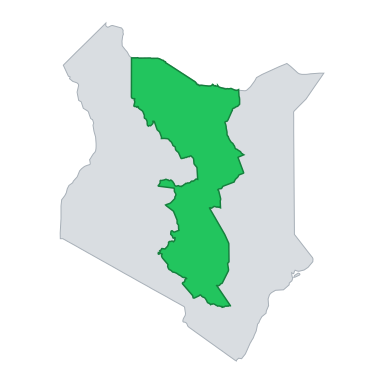 location of Eastern within Kenya
{"feature_id": "KEN-889", "entity_name": "Eastern", "entity_type": "National Capital Area", "adm_level": 1, "iso_a3": "KEN", "parent_name": "Kenya", "parent_adm1": "", "projection": "albers", "projection_center": [37.864, 0.691], "detail": "fine", "context": "in_parent", "style": "filled", "palette": "green", "viewbox_px": 384, "rotation_deg": 0, "n_neighbors": 0, "source": "natural_earth", "source_scale": "10m", "svg_char_len": 8626}
<svg xmlns="http://www.w3.org/2000/svg" viewBox="0 0 384 384"><path d="M60.3,238.7L60.2,233.0L61.0,218.7L61.0,206.0L61.7,199.7L64.8,195.7L66.3,192.8L67.3,188.7L69.0,185.4L72.7,182.7L73.3,181.2L77.3,176.7L79.6,170.9L81.4,168.9L83.6,167.1L85.2,166.1L87.7,165.2L89.7,164.6L90.1,164.2L90.3,163.2L89.6,159.6L90.5,158.5L91.9,156.1L93.4,153.8L94.8,152.4L95.6,150.9L96.0,148.4L96.1,146.6L96.1,143.7L95.6,137.0L94.0,131.4L93.0,125.2L93.7,123.1L92.5,119.5L91.8,119.3L90.7,118.5L89.4,115.0L88.4,111.9L87.8,111.1L83.3,108.3L81.2,101.8L78.7,100.4L77.4,93.9L77.1,92.1L78.6,85.6L78.4,84.2L76.9,82.8L72.8,81.4L69.5,78.7L69.9,77.8L70.1,76.9L68.4,76.2L63.3,65.2L69.9,58.6L76.6,51.9L85.2,43.5L93.1,35.7L99.9,29.0L105.9,23.0L105.8,24.2L105.8,25.7L106.6,26.6L107.8,27.3L109.5,26.6L111.1,25.7L112.5,25.5L121.6,28.0L123.1,30.2L123.0,32.5L123.4,34.2L122.7,35.9L122.0,41.1L122.2,45.8L124.9,49.3L127.3,52.1L129.3,55.9L130.7,57.1L132.7,57.7L138.9,57.9L148.2,58.2L157.1,58.4L157.9,58.5L159.8,59.0L168.0,64.3L175.5,69.0L181.8,73.2L188.0,77.2L194.0,81.1L198.7,84.4L203.3,85.4L210.7,85.9L215.9,86.0L220.6,87.4L227.7,88.6L233.0,89.3L236.2,90.0L245.1,90.8L246.6,90.3L250.5,86.7L254.8,80.8L256.5,77.6L262.2,74.4L272.1,69.9L279.1,66.7L286.9,63.5L290.5,66.3L295.4,70.7L297.6,72.8L299.3,73.8L302.0,74.4L305.2,74.4L307.0,74.3L310.6,73.8L319.0,73.2L323.8,73.2L319.8,79.1L314.9,86.1L306.0,99.1L299.2,105.9L294.1,111.1L293.6,112.0L293.7,117.7L293.7,131.7L293.9,159.7L294.1,187.7L294.3,215.7L294.4,229.7L294.4,234.4L299.0,240.3L303.4,246.0L309.3,253.6L312.5,257.6L313.0,259.0L312.8,261.7L308.0,267.4L304.1,270.0L298.8,271.3L297.2,271.0L295.1,270.2L294.3,271.6L293.7,273.7L292.5,273.3L291.6,272.7L292.1,276.4L292.7,278.3L291.9,280.8L289.3,283.0L289.1,284.9L283.5,289.8L275.5,290.3L271.4,292.7L269.5,294.7L268.1,299.0L268.6,305.7L266.4,310.8L266.0,313.3L261.9,316.6L260.1,319.7L258.8,322.8L257.6,324.1L256.2,331.0L254.3,335.2L253.8,336.6L253.3,337.9L251.8,340.3L250.9,342.0L250.2,343.1L245.4,353.9L241.6,358.7L238.6,358.2L236.6,360.1L236.4,361.0L235.4,360.5L232.9,358.7L227.8,355.1L222.7,351.4L217.6,347.8L212.5,344.1L207.4,340.5L202.3,336.8L197.2,333.2L192.1,329.5L189.1,327.4L187.8,326.1L186.8,323.6L186.3,323.0L184.9,322.2L183.3,322.0L182.9,321.5L182.9,320.3L183.4,318.6L185.3,315.2L185.5,313.2L185.1,311.0L184.6,307.4L184.1,306.6L180.7,304.7L173.6,300.8L166.6,296.8L159.5,292.9L152.4,289.0L145.4,285.0L138.3,281.1L131.3,277.1L124.2,273.2L117.2,269.2L110.1,265.2L103.1,261.3L96.0,257.3L89.0,253.4L81.9,249.4L74.9,245.4L67.8,241.5L65.2,240.0L62.8,238.7L60.3,238.7ZM295.1,277.1L293.8,277.4L294.5,275.5L298.1,273.1L299.6,273.6L299.9,274.2L299.8,274.7L299.2,275.2L295.1,277.1Z" fill="#d9dde1" stroke="#a8b0b8" stroke-width="1"/><path d="M137.7,57.7L138.7,58.1L139.1,58.2L150.4,58.0L151.4,58.4L157.8,58.3L159.7,58.9L162.1,60.1L163.4,60.4L163.7,60.6L164.2,61.5L164.5,61.7L165.1,61.6L165.4,61.7L165.6,62.0L166.0,63.2L166.6,63.3L195.1,81.8L195.7,82.4L196.5,83.8L197.0,84.4L197.5,84.6L198.4,84.9L199.2,85.6L199.6,85.7L200.6,85.4L201.7,85.3L208.7,86.1L210.5,86.0L212.2,85.2L212.3,84.5L212.6,84.3L213.4,84.9L213.7,85.2L213.9,85.7L214.8,85.9L215.4,85.7L215.5,85.9L215.7,86.1L217.6,86.2L217.6,85.3L218.5,86.5L219.0,87.0L219.6,87.3L225.3,88.9L226.2,88.9L227.6,88.6L228.1,88.7L228.6,88.9L229.1,88.8L231.0,88.4L234.8,90.1L236.0,90.4L237.3,90.3L238.6,89.6L239.0,96.3L239.4,97.4L239.6,99.3L239.6,103.7L239.5,104.5L238.6,105.2L237.9,106.1L237.6,106.3L235.6,107.0L234.6,107.9L233.4,108.2L232.8,108.7L232.4,109.2L232.3,110.6L232.0,110.9L227.9,120.1L227.2,121.1L225.4,121.7L225.1,121.9L224.9,122.6L225.6,124.2L226.1,126.3L226.2,128.1L227.0,132.1L227.0,134.8L227.4,135.3L227.5,135.8L228.1,136.4L228.3,136.7L228.7,138.1L229.7,140.0L231.1,142.1L232.4,143.1L233.0,143.7L233.7,145.0L234.3,145.8L234.6,146.4L235.0,147.9L235.2,148.3L235.8,148.9L237.3,149.5L238.1,150.2L240.1,151.4L240.6,151.8L241.1,152.7L241.8,153.5L242.4,153.8L243.0,154.3L243.8,154.8L238.6,157.0L238.0,157.4L238.1,157.7L243.6,172.5L243.6,173.0L243.0,173.4L239.0,174.9L237.8,177.0L237.4,177.5L236.3,178.4L235.8,178.9L234.9,180.2L234.5,181.0L234.3,181.7L234.1,182.0L223.1,186.2L222.7,186.5L222.2,187.5L221.5,188.5L221.2,188.6L219.0,188.9L218.0,189.5L217.8,189.7L217.9,190.0L218.6,190.6L218.7,190.8L220.6,198.5L220.6,199.8L220.2,200.9L220.5,207.8L219.3,207.3L219.1,207.0L218.5,207.2L218.0,207.2L217.6,206.9L216.8,207.1L214.8,206.5L213.9,206.5L212.3,207.7L211.3,208.2L210.5,207.8L210.2,208.0L209.6,207.9L209.6,208.3L224.7,234.4L228.6,243.0L228.8,243.7L229.0,261.6L228.8,262.1L227.7,263.3L227.6,263.7L228.5,269.3L228.5,270.2L228.3,271.0L222.3,283.0L221.8,283.5L220.9,283.7L220.5,284.0L219.7,285.1L219.0,285.5L218.3,285.7L216.9,285.4L216.7,285.5L230.4,305.7L230.4,305.8L229.8,305.8L229.4,305.5L229.1,305.5L228.2,306.2L227.8,306.2L227.4,306.0L226.5,306.2L225.5,306.1L225.1,306.2L224.3,306.8L223.4,306.9L223.0,307.2L222.4,307.3L222.2,307.3L222.3,306.8L222.1,306.5L220.5,306.4L219.2,305.9L217.6,306.1L217.0,305.6L216.1,305.3L215.4,304.7L213.7,303.9L213.0,303.8L212.6,304.1L212.0,304.1L211.2,304.2L210.7,304.7L209.5,303.5L207.9,302.8L207.5,302.5L206.5,300.4L205.1,298.2L204.4,297.6L202.6,296.9L201.6,296.1L200.8,295.1L200.3,294.9L199.9,295.0L199.6,295.4L198.8,295.9L194.8,297.8L194.0,298.1L193.1,297.8L192.8,296.1L192.4,295.3L182.5,283.8L182.4,283.2L182.7,282.8L183.3,282.3L184.2,282.0L184.5,281.8L184.7,281.3L185.1,279.3L185.6,278.9L186.6,278.6L186.6,278.4L186.3,278.2L185.1,277.5L184.6,277.4L183.4,277.5L182.4,277.1L180.3,275.5L179.3,275.1L177.0,273.5L175.2,272.6L174.2,272.3L172.6,272.0L171.2,270.6L170.5,270.1L169.3,269.6L169.0,269.3L168.7,268.9L168.3,268.2L167.7,266.6L167.7,265.9L168.0,264.7L167.5,264.0L162.6,258.2L161.8,256.8L161.5,255.8L162.1,254.1L162.0,253.9L160.8,253.6L160.4,253.6L160.1,253.6L158.8,254.2L158.4,254.1L158.3,253.9L158.2,253.7L158.4,252.5L159.3,252.7L159.7,252.5L160.2,252.0L160.3,251.7L159.8,251.0L159.7,250.8L161.3,249.7L161.6,249.2L161.6,248.7L161.9,248.5L164.5,248.9L165.0,248.9L167.6,246.2L168.2,244.8L168.6,243.7L168.5,242.6L168.6,242.3L168.9,241.9L169.7,241.4L170.7,241.5L172.0,241.0L172.3,241.1L173.5,241.8L173.9,241.4L174.8,240.1L174.8,239.5L175.1,238.2L175.1,237.8L174.9,237.6L174.7,237.6L173.7,238.1L173.2,238.1L172.7,237.2L172.2,235.8L172.0,235.5L170.8,234.5L170.7,233.9L171.0,231.5L171.2,231.1L171.7,230.8L172.2,230.8L173.7,232.0L174.0,232.1L174.3,232.1L178.7,230.4L179.0,230.2L178.8,229.7L178.6,228.8L178.5,225.3L178.3,224.8L177.2,223.5L177.1,223.2L177.1,220.4L177.0,219.9L173.5,211.3L173.2,211.0L166.4,205.8L165.6,205.0L166.6,204.5L169.8,203.4L171.0,202.6L174.6,198.8L174.8,198.5L174.9,196.9L175.7,195.6L175.9,194.5L175.8,194.1L175.4,193.1L174.7,192.0L174.4,191.3L174.3,188.6L174.1,188.2L173.7,188.1L158.8,186.2L158.4,186.1L158.2,185.8L158.3,185.4L158.9,184.9L159.5,184.1L159.7,183.5L160.1,183.0L160.2,182.5L160.1,181.3L160.2,180.7L160.5,180.4L161.5,180.5L164.0,180.0L164.7,179.8L165.4,179.4L166.0,179.3L166.4,179.4L167.5,179.9L168.1,179.9L168.5,180.4L168.9,180.6L169.7,180.7L170.0,180.5L170.5,180.1L171.0,180.1L172.5,181.3L173.5,182.8L174.3,184.1L174.5,185.0L175.4,186.0L176.2,186.2L178.2,185.7L178.6,185.7L179.7,186.4L180.2,186.4L181.0,186.2L181.5,186.5L182.1,185.9L182.9,185.6L184.1,184.6L185.1,184.0L185.7,183.4L185.9,183.3L186.4,183.5L186.7,183.4L187.7,182.9L188.9,183.0L189.9,182.7L190.4,182.4L190.9,181.6L191.7,181.1L192.2,181.0L192.6,181.3L193.0,181.3L194.3,180.5L195.9,179.1L196.3,179.0L197.7,179.4L197.0,167.9L196.9,167.4L196.5,166.9L194.5,164.5L194.1,163.9L194.0,163.4L193.6,158.9L193.4,158.4L193.0,157.9L190.9,155.8L190.6,155.8L190.0,156.1L189.3,156.7L188.9,156.7L188.2,156.6L187.8,156.7L186.5,157.4L186.0,157.5L185.2,157.4L184.2,158.0L182.9,158.2L181.9,158.5L181.4,158.5L181.1,158.4L180.9,158.1L178.6,152.8L178.0,152.1L176.7,151.0L175.6,149.7L175.2,147.1L175.1,146.8L173.5,145.9L172.9,145.4L172.3,143.7L171.5,142.3L170.9,141.6L169.5,140.5L169.0,139.6L168.6,139.2L167.5,138.7L164.2,138.4L161.7,138.5L161.4,138.5L161.5,137.4L161.2,136.3L159.8,132.5L159.3,131.7L157.4,130.0L157.1,129.6L154.3,121.5L154.0,121.3L153.6,121.2L153.2,121.2L152.8,121.3L153.2,122.3L153.0,123.0L152.7,123.7L150.8,125.6L150.4,125.8L149.4,125.6L149.0,125.6L148.7,125.7L148.3,126.1L147.4,125.1L147.2,123.7L147.2,122.2L146.9,120.8L146.2,119.5L145.6,118.8L144.5,118.2L144.3,117.4L144.3,114.9L143.7,113.8L143.4,112.9L143.1,112.1L142.4,111.0L141.7,110.4L139.9,109.2L138.5,108.0L138.4,107.8L138.2,106.8L138.0,106.6L137.8,106.5L137.2,107.0L136.9,107.2L136.6,107.1L136.1,106.6L135.9,106.5L134.6,106.5L134.1,106.3L133.9,105.7L134.8,102.0L134.8,101.7L134.3,100.2L134.8,98.8L134.6,98.6L133.4,98.7L132.3,98.3L131.7,97.8L131.4,97.0L131.5,57.9L136.3,57.9L137.7,57.7Z" fill="#22c55e" stroke="#15803d" stroke-width="1.5"/></svg>